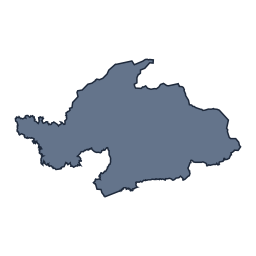 Lysos, Paphos, Cyprus (Robinson projection)
{"feature_id": "46923920B8516540117412", "entity_name": "Lysos", "entity_type": "district", "adm_level": 2, "iso_a3": "CYP", "parent_name": "Cyprus", "parent_adm1": "Paphos", "projection": "robinson", "projection_center": [32.556, 35.018], "detail": "fine", "context": "isolated", "style": "filled", "palette": "slate", "viewbox_px": 256, "rotation_deg": 0, "n_neighbors": 0, "source": "geoboundaries", "source_scale": "gbopen_adm2", "svg_char_len": 5810}
<svg xmlns="http://www.w3.org/2000/svg" viewBox="0 0 256 256"><path d="M178.2,83.7L168.5,85.8L166.8,85.6L163.5,83.4L160.5,84.5L158.9,87.0L156.5,88.8L154.3,88.6L151.0,89.3L147.5,88.2L145.7,85.9L143.6,87.0L142.6,86.9L141.3,88.4L135.6,88.1L134.6,86.2L134.3,84.2L136.9,82.8L136.9,77.7L138.3,74.5L138.7,74.6L140.4,73.2L140.5,70.0L144.8,68.3L149.7,62.8L153.1,63.1L153.3,59.9L149.8,59.5L148.4,59.8L147.2,59.3L145.3,59.5L142.7,61.2L134.3,64.7L131.9,61.0L116.5,64.3L115.4,64.3L108.8,70.1L107.1,74.0L102.8,78.3L99.5,79.7L96.7,79.1L95.5,80.1L95.6,80.5L91.9,83.2L87.9,84.2L82.2,90.0L77.7,90.8L77.0,92.3L78.0,96.7L72.7,102.4L72.0,107.6L69.6,108.3L70.0,110.2L68.7,111.3L67.5,111.6L67.5,112.1L66.1,112.9L66.3,113.2L66.0,113.8L66.4,114.9L65.9,115.4L66.6,115.8L66.3,117.0L66.6,117.2L66.7,118.3L66.4,119.5L64.8,120.9L65.1,122.2L64.8,124.2L63.8,124.4L61.9,122.4L60.8,122.1L61.6,123.1L61.3,123.5L60.7,124.3L58.8,125.3L58.5,125.9L57.5,124.5L53.8,122.0L53.1,122.7L51.9,122.8L51.4,124.2L50.8,124.6L50.2,124.3L48.9,124.6L48.9,123.7L48.3,123.8L47.7,122.8L47.7,122.0L46.9,121.7L45.8,121.9L45.6,122.4L43.3,123.3L42.5,122.3L42.4,121.3L41.7,120.8L43.4,118.3L42.8,117.9L42.7,117.3L42.0,117.9L40.6,116.9L39.9,117.0L39.7,117.8L38.7,117.7L39.0,120.3L39.5,120.7L38.2,123.5L35.8,121.3L34.5,120.9L34.5,119.4L34.9,119.2L34.2,118.5L34.2,117.0L33.4,117.1L32.4,116.3L33.2,115.5L31.2,116.3L30.8,116.0L30.4,117.0L29.7,117.3L27.8,115.5L26.2,115.6L25.2,116.3L25.7,118.0L24.9,117.6L22.8,118.9L21.5,118.3L20.6,118.6L19.0,116.7L18.5,117.6L16.7,117.0L16.2,117.5L16.4,118.3L15.4,118.7L15.7,121.1L17.0,122.0L17.8,124.7L17.9,125.6L17.4,125.5L17.3,125.9L17.3,127.5L17.7,128.1L17.2,129.3L17.1,131.0L17.8,131.3L17.6,131.7L18.6,132.5L19.0,134.3L19.5,134.9L21.6,133.7L24.2,135.0L24.5,135.3L24.2,136.0L25.0,137.6L25.9,137.6L26.5,138.1L27.5,137.4L27.9,138.3L29.5,137.7L31.0,138.2L31.4,137.7L33.8,138.6L33.6,138.9L34.1,139.7L34.0,140.2L32.4,141.1L33.7,143.1L34.7,141.5L36.7,141.3L36.5,142.0L35.0,143.3L35.3,143.6L36.4,142.2L37.3,142.6L37.6,143.6L38.8,144.1L39.0,144.7L38.5,147.8L39.3,148.1L40.0,146.7L40.9,147.2L41.0,148.0L41.2,147.9L41.7,148.8L41.2,148.9L40.9,148.3L39.9,148.1L40.2,149.6L39.8,150.0L39.3,149.6L39.0,149.8L39.8,152.0L39.4,152.3L39.4,153.0L40.6,154.0L41.3,153.7L41.8,153.9L42.2,154.6L41.5,155.2L42.0,155.8L43.3,156.0L41.5,156.9L41.6,157.9L41.0,158.9L41.0,160.6L41.3,160.7L41.0,162.8L41.4,163.7L42.8,164.9L42.6,163.4L43.2,163.2L43.5,162.0L43.8,162.2L43.9,161.1L44.8,162.3L44.7,163.4L46.4,164.9L46.7,165.0L47.6,164.0L47.8,164.5L48.2,164.2L48.0,164.7L48.6,165.7L49.0,166.0L49.2,165.4L49.8,166.2L50.4,165.8L51.5,166.0L52.4,167.4L53.1,167.3L53.2,168.4L54.8,168.3L55.9,169.5L61.0,168.8L61.2,168.6L60.6,168.2L62.1,167.0L64.1,166.6L65.8,162.6L66.7,163.4L66.9,163.1L67.9,164.7L70.2,162.9L70.2,163.7L71.0,165.3L70.8,166.2L72.4,166.2L73.7,167.2L75.9,165.9L77.6,166.0L77.8,164.7L79.6,165.5L80.1,164.9L80.5,165.1L78.8,162.4L79.8,161.4L79.5,160.8L81.2,161.1L81.3,160.8L80.5,159.9L80.7,158.7L79.5,157.0L78.7,156.6L77.7,156.3L76.7,156.7L78.3,155.5L80.5,153.0L80.9,152.0L81.7,151.6L83.4,151.7L84.7,150.3L85.3,150.5L86.4,149.6L87.8,149.4L87.8,149.9L88.7,150.0L89.3,149.1L89.9,149.1L89.9,148.7L90.5,148.5L90.6,148.8L91.6,148.1L92.0,149.5L94.4,151.6L96.4,152.4L98.6,152.3L100.4,152.8L101.3,152.2L101.8,150.6L103.1,150.4L103.7,149.6L103.9,150.1L104.8,150.2L106.7,147.7L107.6,147.7L108.3,150.0L109.0,150.6L109.1,154.9L110.3,157.1L110.7,159.0L110.5,159.8L110.6,161.9L110.0,164.2L109.2,164.4L108.3,166.4L107.4,167.2L107.6,168.0L105.8,171.1L105.3,171.5L104.6,171.3L103.3,173.1L102.5,173.5L101.2,172.8L100.7,173.1L100.6,174.0L99.8,174.8L100.1,175.5L99.5,175.4L99.0,176.1L99.2,176.9L100.2,177.3L99.9,178.7L100.2,179.4L99.1,179.0L96.6,179.5L95.8,179.0L95.2,179.8L95.0,181.2L93.4,182.6L94.1,183.4L95.2,183.6L95.2,184.2L95.6,184.3L97.0,189.2L101.0,189.5L101.9,192.7L103.8,195.2L104.0,196.0L105.0,196.3L105.1,196.7L119.6,191.0L119.9,191.2L120.2,190.4L121.5,190.8L122.0,190.0L121.7,189.4L122.3,189.3L122.6,188.7L123.3,188.9L123.2,188.2L123.6,187.8L125.9,187.7L126.3,189.3L127.3,188.9L127.6,188.4L128.6,189.0L128.9,188.3L130.2,189.3L130.1,190.3L130.4,190.7L131.2,190.0L131.4,190.6L132.6,190.6L133.0,190.0L132.8,188.9L134.5,188.6L135.0,188.0L137.0,187.3L136.5,187.2L136.8,186.6L136.1,185.6L135.9,184.2L136.2,183.5L135.8,182.6L136.2,182.1L139.5,182.1L140.5,181.3L141.9,182.0L143.7,180.3L145.4,180.5L145.6,179.9L146.8,180.3L148.0,179.8L150.8,179.8L152.1,179.2L154.8,179.5L155.5,179.0L156.0,179.5L156.6,178.9L158.0,179.4L159.1,179.0L159.5,179.5L160.2,178.8L161.6,179.4L162.0,179.0L163.1,179.1L165.2,180.1L165.6,179.4L165.4,178.8L165.8,178.6L167.3,178.8L169.6,178.3L171.7,179.1L172.3,179.9L173.0,180.2L174.6,179.5L176.0,178.1L178.9,177.7L180.5,176.2L183.0,178.5L182.8,179.9L183.1,180.1L184.9,179.3L188.1,176.3L189.3,175.7L190.0,173.3L189.4,171.8L189.7,171.1L189.0,170.6L187.9,168.1L189.0,165.8L189.9,162.9L190.9,162.6L190.7,160.8L191.0,160.3L191.8,160.3L192.8,160.9L193.3,161.9L195.2,162.3L201.6,162.3L202.9,161.8L205.9,163.2L206.7,164.2L206.5,164.9L206.9,165.8L207.8,165.6L208.8,164.8L210.0,165.3L213.5,164.4L215.5,164.5L216.2,164.2L216.8,163.3L217.7,164.8L218.8,164.7L219.4,164.1L218.9,163.3L219.4,162.0L223.0,161.3L223.1,160.8L224.0,160.1L223.7,159.4L224.0,158.4L224.6,158.4L225.3,159.6L227.0,159.4L229.2,158.3L230.6,155.1L231.4,154.8L231.0,152.8L232.4,152.3L234.2,150.8L234.4,150.2L238.1,150.4L238.5,149.9L240.6,146.8L239.4,145.4L238.7,142.2L235.7,138.6L230.6,138.6L229.2,137.3L227.4,131.7L227.7,129.7L226.6,128.4L228.4,120.1L219.3,110.2L217.1,109.3L213.8,109.0L213.6,108.6L211.3,109.2L208.3,109.1L204.9,110.2L202.7,110.4L201.8,109.4L200.6,109.3L195.7,107.6L194.0,106.4L192.7,106.4L191.7,105.1L189.4,104.7L188.5,100.3L185.6,95.5L185.5,93.9L184.1,90.7L184.3,89.6L183.3,87.5L182.0,86.7L179.3,86.4L179.1,85.3L178.3,84.6L178.2,83.7Z" fill="#64748b" stroke="#1e293b" stroke-width="1.5"/></svg>